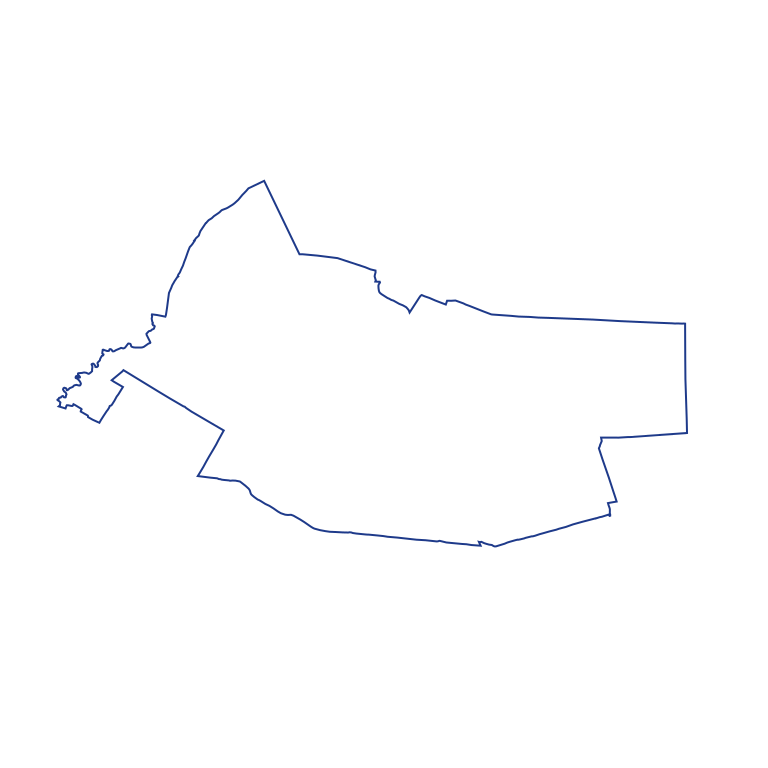 Izvoarele, Olt, Romania (Natural Earth projection), rotated 20°
{"feature_id": "2599482B97268462440902", "entity_name": "Izvoarele", "entity_type": "district", "adm_level": 2, "iso_a3": "ROU", "parent_name": "Romania", "parent_adm1": "Olt", "projection": "natural_earth1", "projection_center": [24.528, 44.252], "detail": "fine", "context": "isolated", "style": "outline", "palette": "blue", "viewbox_px": 768, "rotation_deg": 20, "n_neighbors": 0, "source": "geoboundaries", "source_scale": "gbopen_adm2", "svg_char_len": 6060}
<svg xmlns="http://www.w3.org/2000/svg" viewBox="0 0 768 768"><g transform="rotate(20 384 384)"><path d="M530.1,502.9L527.2,499.9L528.2,499.8L529.5,499.0L532.6,499.3L534.9,499.2L537.6,499.0L540.4,498.4L542.3,498.8L543.4,498.8L544.6,498.4L552.0,492.8L554.0,490.9L555.8,489.5L560.8,485.9L562.7,484.6L563.1,484.6L565.0,483.5L568.6,481.1L569.6,480.2L574.8,476.7L576.0,476.2L578.0,474.8L581.6,471.9L584.3,470.0L590.1,465.8L595.7,462.0L597.9,460.2L603.8,456.1L609.6,451.3L618.0,445.3L628.9,437.8L629.0,437.9L632.2,435.4L634.2,434.2L639.6,430.0L641.1,430.8L641.6,430.4L641.2,429.3L640.8,428.7L640.4,428.2L639.1,424.5L638.4,423.4L636.5,421.1L635.2,419.3L642.8,414.9L640.5,411.9L636.0,406.2L627.4,395.2L615.2,380.2L608.2,371.3L607.9,370.9L608.1,368.7L607.9,367.7L608.1,363.8L608.1,363.1L607.8,362.6L606.3,360.1L622.7,354.2L631.0,350.6L634.1,349.4L685.5,326.4L680.4,313.3L665.6,276.4L658.8,258.2L646.3,224.3L645.2,224.6L642.9,225.5L639.7,226.5L636.6,227.7L634.1,228.4L616.3,234.1L583.9,244.3L558.3,252.0L516.0,265.6L506.3,268.8L498.1,271.1L487.4,274.6L480.1,276.5L461.9,281.7L460.9,281.9L452.8,281.8L437.7,281.4L433.6,281.4L431.1,281.1L422.6,281.1L418.7,282.8L414.8,284.2L414.9,288.2L403.5,288.0L397.2,287.6L392.2,287.7L389.0,287.5L388.6,288.0L388.1,288.9L387.6,290.7L383.6,308.1L382.1,306.3L380.9,305.5L378.9,304.4L378.3,304.2L374.7,303.6L371.0,303.5L364.3,302.4L362.1,302.5L359.8,302.1L357.9,302.0L350.8,300.4L348.9,299.7L348.2,299.2L347.3,298.1L346.1,295.9L345.1,293.5L345.0,292.0L345.3,291.1L345.5,290.0L345.0,289.4L343.9,289.8L340.8,290.7L340.8,289.2L340.3,288.7L338.4,286.1L338.1,284.7L337.9,282.0L337.2,280.3L333.9,280.7L332.0,280.9L326.3,280.7L297.3,281.6L277.6,286.1L263.6,289.8L260.2,291.0L201.9,234.1L189.7,246.5L188.5,249.7L186.2,254.8L184.1,260.7L181.7,265.3L180.4,267.3L177.0,271.6L175.9,272.8L172.2,276.0L171.7,276.8L170.7,278.9L169.7,280.4L166.8,284.4L165.4,287.2L163.2,290.0L162.3,292.1L161.8,293.6L161.5,293.7L159.2,303.0L159.1,305.4L159.2,307.6L159.0,308.3L157.5,311.2L157.3,311.9L156.9,313.3L156.6,314.1L157.1,314.2L156.7,315.5L156.2,317.7L155.5,319.8L154.7,321.6L154.6,322.8L154.5,326.5L154.6,333.6L154.5,337.6L154.6,341.5L154.2,345.5L154.0,349.1L153.3,351.5L153.3,353.6L153.7,353.6L153.5,354.0L153.2,354.2L152.4,357.5L152.0,359.1L151.6,361.6L151.3,363.0L151.2,364.4L151.2,366.3L150.8,372.0L154.1,386.8L155.3,392.8L155.5,394.0L155.5,395.5L147.1,396.8L142.2,397.9L142.2,398.6L143.0,399.8L143.3,401.9L143.6,402.5L145.0,404.8L146.0,405.7L145.8,406.2L145.8,406.6L145.9,406.9L147.0,407.8L147.8,407.7L148.3,407.8L148.8,408.2L148.9,408.5L148.8,409.4L148.9,410.5L148.7,411.0L147.4,412.2L146.7,413.6L146.3,414.0L145.5,414.4L145.0,414.8L144.4,416.1L143.9,417.3L143.6,418.0L144.1,419.0L149.7,424.3L150.3,425.1L150.1,425.6L148.9,426.5L145.7,431.1L144.6,432.1L143.5,432.7L138.1,434.7L136.3,435.2L134.8,435.3L133.9,435.2L133.5,434.9L132.7,433.8L132.3,433.3L131.9,433.1L131.3,433.1L129.9,433.4L129.7,433.7L128.5,437.6L128.2,438.4L127.7,439.1L126.7,439.8L125.0,439.9L124.4,440.1L124.0,440.6L120.5,443.9L119.3,445.4L118.7,445.8L118.0,446.1L117.6,446.0L116.3,445.0L115.7,444.8L115.1,444.8L114.5,445.0L114.2,445.4L114.2,445.9L114.3,446.4L114.1,447.0L113.5,447.3L112.5,447.7L109.5,447.8L108.8,447.7L108.3,447.8L108.0,448.1L108.1,448.7L108.3,449.2L108.4,450.2L108.8,451.6L109.3,451.9L110.3,452.1L110.4,452.3L110.3,453.0L110.1,453.4L109.2,454.2L108.8,456.6L108.7,457.8L108.9,459.0L108.5,459.9L108.0,460.9L107.6,462.0L107.7,462.6L108.9,464.0L109.0,464.6L109.1,465.2L108.4,466.3L107.6,466.6L106.9,466.6L106.5,465.7L104.4,464.4L103.9,464.3L103.3,464.5L102.6,465.2L102.5,465.5L102.7,465.8L103.5,466.7L104.0,467.4L104.2,467.9L104.6,469.8L105.3,471.8L104.6,473.3L103.6,474.8L103.2,475.3L102.7,475.5L100.4,475.3L98.4,475.7L97.4,476.2L96.6,476.8L94.8,477.6L93.0,478.5L92.9,478.9L93.0,479.5L93.4,480.0L94.0,480.3L94.8,480.6L95.5,481.1L95.9,481.4L96.0,481.8L95.8,482.1L95.4,482.2L94.7,482.1L92.8,481.7L92.3,481.7L92.0,482.0L91.9,482.5L91.9,483.1L92.1,483.6L92.3,483.8L93.0,483.9L93.6,483.8L94.6,484.1L96.4,485.0L97.6,485.8L98.9,487.1L99.1,487.6L99.1,488.1L99.0,488.9L98.8,489.3L98.3,489.6L97.5,489.8L95.3,490.0L93.6,491.1L93.1,491.7L92.5,493.2L90.0,495.5L89.2,497.4L88.7,497.7L88.4,498.2L88.1,498.3L87.8,498.1L87.5,497.4L86.7,496.8L85.5,496.8L84.8,496.9L84.6,497.2L84.3,497.5L84.2,498.0L84.3,499.0L86.0,500.4L87.7,500.9L88.4,501.4L89.2,502.4L89.1,503.6L89.4,505.2L89.3,505.5L89.1,505.6L88.0,505.9L87.6,505.9L86.4,505.1L86.2,505.2L85.2,506.2L85.0,507.1L84.7,507.4L83.6,508.0L83.4,508.3L83.4,508.6L83.4,509.3L83.4,509.6L82.9,510.2L82.6,510.2L82.5,510.5L82.7,510.8L84.5,511.2L86.2,512.0L86.3,512.3L86.3,513.0L86.8,514.8L86.0,516.3L93.1,515.9L93.1,513.5L93.1,512.9L93.2,512.5L94.6,512.0L97.3,511.6L98.2,511.4L98.7,511.2L99.0,510.7L99.1,509.2L100.7,509.4L108.2,510.9L108.5,511.2L108.3,512.4L108.3,513.3L108.4,513.6L116.5,515.0L116.8,515.4L117.2,516.3L122.4,517.2L129.8,517.8L130.3,514.8L131.4,509.8L132.7,504.4L133.3,502.6L133.8,500.2L133.8,498.5L135.0,497.4L135.4,496.5L136.4,491.9L137.1,487.2L137.9,484.7L139.7,476.1L129.2,474.2L126.8,473.6L133.8,461.7L134.4,460.1L174.9,468.3L187.7,470.8L203.2,473.6L204.5,473.5L206.2,474.2L212.6,475.8L249.3,482.5L247.6,493.4L247.0,498.2L246.0,503.8L244.5,511.7L243.5,517.6L242.6,523.6L241.2,530.9L240.5,534.2L252.8,531.4L259.4,529.7L261.4,529.8L262.8,529.4L264.2,529.4L266.4,528.9L271.4,527.6L272.3,527.6L274.7,526.5L277.5,525.6L281.9,524.9L283.3,525.3L288.8,527.1L292.7,528.7L293.7,529.4L294.3,529.9L296.0,532.2L296.9,533.1L298.2,533.7L300.7,534.6L304.9,535.8L306.0,535.8L307.9,536.1L313.5,537.3L318.0,537.7L322.7,538.7L327.9,540.1L331.3,540.7L335.8,540.6L338.3,540.0L341.4,538.7L344.0,538.7L351.6,540.0L356.2,541.0L363.8,543.0L366.1,543.5L368.0,543.7L373.9,543.2L379.3,542.3L383.6,541.4L389.3,539.6L396.2,537.5L401.2,535.8L402.4,535.1L403.6,534.8L404.1,534.7L405.6,534.7L409.1,534.0L418.9,531.5L421.4,530.7L429.9,528.5L435.5,527.1L439.7,526.3L448.9,523.8L467.8,519.2L476.5,516.6L487.4,513.9L488.6,513.3L489.6,512.5L490.2,512.3L496.8,511.6L511.8,507.7L516.2,506.4L521.3,505.4L530.1,502.9Z" fill="none" stroke="#1e3a8a" stroke-width="2"/></g></svg>